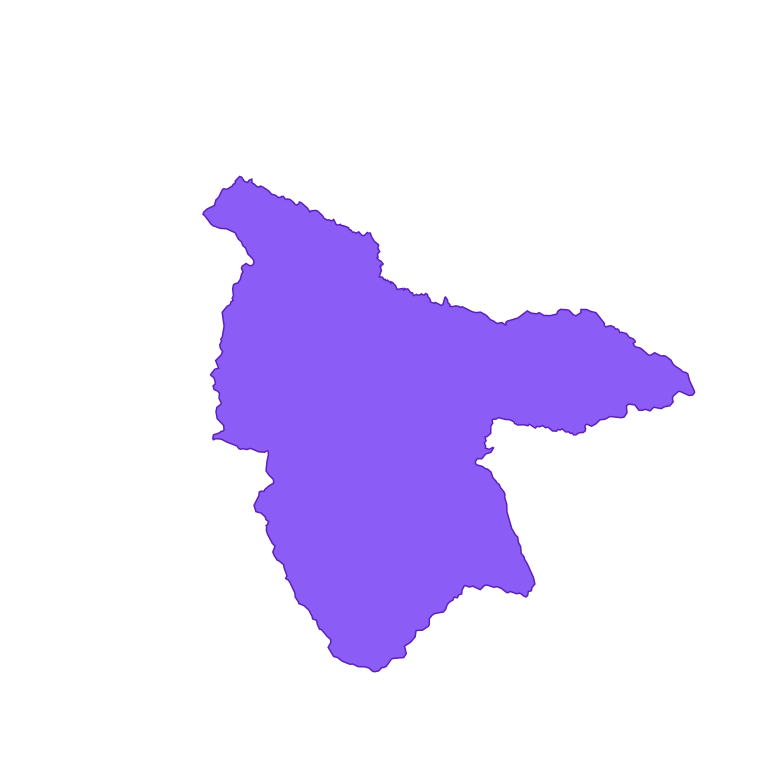 Sipí, Chocó, Colombia, rotated 136°
{"feature_id": "7082276B50547805834837", "entity_name": "Sipí", "entity_type": "district", "adm_level": 2, "iso_a3": "COL", "parent_name": "Colombia", "parent_adm1": "Chocó", "projection": "equal_earth", "projection_center": [-76.598, 4.565], "detail": "fine", "context": "isolated", "style": "filled", "palette": "violet", "viewbox_px": 768, "rotation_deg": 136, "n_neighbors": 0, "source": "geoboundaries", "source_scale": "gbopen_adm2", "svg_char_len": 6171}
<svg xmlns="http://www.w3.org/2000/svg" viewBox="0 0 768 768"><g transform="rotate(136 384 384)"><path d="M545.5,462.5L543.0,461.5L539.4,457.5L537.2,451.0L532.8,441.5L533.3,438.4L532.7,436.9L530.1,435.1L528.3,432.2L524.7,430.4L521.2,422.3L517.1,417.7L514.9,417.5L514.0,416.2L516.3,413.4L522.4,409.3L529.2,403.4L530.0,398.6L529.9,392.1L532.2,389.4L537.5,390.6L543.0,390.9L544.9,390.1L546.7,392.2L548.7,393.0L551.6,390.6L561.8,387.0L564.8,381.1L562.1,376.6L561.7,371.2L563.1,368.5L562.6,365.3L565.6,363.7L567.0,364.1L567.9,362.5L570.2,360.6L572.1,357.0L575.1,346.8L574.9,343.1L580.7,340.4L582.2,336.7L583.2,331.4L582.5,329.9L581.7,323.9L583.6,321.1L587.0,313.5L589.8,312.5L589.1,309.4L589.5,306.6L593.2,295.7L595.9,292.3L597.0,286.4L597.8,285.4L595.5,280.1L595.1,273.7L597.0,267.1L598.5,264.6L596.7,260.8L599.0,257.2L600.7,252.4L599.6,250.7L600.2,242.0L599.9,237.2L601.9,235.0L607.1,233.4L609.5,222.9L607.5,219.7L606.5,213.3L603.2,206.1L600.9,204.1L599.0,198.7L593.9,193.5L592.2,190.2L591.7,185.0L590.3,183.3L587.1,181.3L582.3,181.6L581.5,180.4L578.6,179.3L570.2,180.9L568.4,180.5L559.8,173.5L555.3,174.5L551.3,181.2L544.2,179.8L537.4,180.4L532.1,184.4L527.4,180.2L520.2,178.9L518.3,179.7L514.4,183.7L510.0,184.3L507.1,183.7L499.5,178.7L496.3,179.0L492.0,181.3L488.3,181.7L484.7,180.7L481.7,181.9L479.8,179.3L476.5,180.4L474.0,179.0L471.0,181.6L466.3,183.0L465.6,182.6L463.7,178.7L460.6,176.9L457.6,169.2L451.1,169.2L449.2,167.2L446.2,161.5L443.4,159.6L441.6,155.5L440.6,148.7L439.5,147.5L437.5,147.3L434.1,140.7L432.2,139.9L431.2,138.3L430.6,133.7L429.5,132.0L427.4,132.2L424.4,134.4L421.6,132.9L418.9,134.9L414.4,135.3L411.0,140.8L405.9,154.9L404.6,160.3L403.3,162.5L402.9,166.9L398.6,172.3L397.4,176.4L394.2,181.0L394.2,184.5L392.5,191.3L384.3,206.7L379.2,212.3L376.0,218.6L373.7,220.5L372.7,223.0L372.1,228.7L370.9,231.8L371.5,234.4L370.9,236.1L370.8,240.8L368.2,246.3L368.6,250.9L369.8,252.1L370.5,256.4L373.6,261.7L373.2,263.4L371.5,265.0L368.7,265.4L365.6,262.3L359.5,263.0L354.6,260.6L349.6,261.9L349.9,262.9L353.6,263.8L355.6,267.5L354.0,268.7L352.8,271.9L350.0,272.2L348.2,275.8L346.6,274.6L341.6,274.3L336.2,279.7L333.1,280.2L331.6,282.6L330.5,283.0L327.4,280.7L325.0,280.4L321.2,274.0L318.4,271.1L316.9,266.9L317.5,264.5L316.7,263.6L316.6,261.9L311.6,257.4L309.4,253.9L308.1,254.4L307.2,253.6L305.8,247.2L303.1,247.1L301.8,245.1L298.8,243.9L298.2,240.4L296.0,239.0L295.4,233.2L292.6,230.2L290.5,230.6L289.4,228.6L287.0,227.9L286.6,223.2L284.5,221.5L284.1,218.8L282.8,218.0L282.9,215.5L281.0,214.0L277.7,213.6L274.5,210.8L272.3,210.4L269.9,211.8L269.1,214.1L266.9,214.6L265.6,213.4L264.1,209.5L259.6,208.2L253.5,208.2L249.6,205.2L244.0,203.6L236.7,194.9L234.2,193.4L229.2,194.5L224.9,199.8L221.9,199.5L218.1,194.7L218.9,188.1L216.5,185.6L213.5,184.2L211.3,179.8L206.1,179.9L201.7,173.7L198.4,172.9L193.5,169.8L188.6,170.2L186.4,173.4L184.3,174.4L177.3,174.1L176.0,172.6L172.6,163.9L169.8,161.7L166.7,162.0L165.7,163.2L161.8,174.3L158.5,180.1L158.8,182.5L160.7,185.4L160.6,188.0L162.2,195.0L162.2,197.9L161.0,201.7L162.0,208.1L163.0,210.0L165.2,211.6L167.6,218.5L172.2,219.5L173.6,221.2L174.3,230.1L174.9,232.3L177.1,235.7L177.4,237.6L176.6,240.1L174.1,239.7L173.4,241.0L173.4,243.4L175.2,247.4L174.6,251.8L177.1,256.2L178.8,257.3L177.5,260.1L178.0,261.7L179.3,262.4L179.0,265.3L180.4,268.5L184.9,271.2L184.9,272.9L183.3,274.6L182.0,288.1L184.9,292.7L186.4,296.7L190.5,300.8L192.9,298.6L198.6,299.7L199.7,302.4L199.7,308.4L201.0,310.5L205.2,315.1L208.5,315.6L211.2,314.3L216.9,317.7L221.4,322.3L222.8,327.6L225.5,328.4L229.0,333.0L230.1,337.0L242.0,338.5L251.7,343.6L253.7,343.6L254.8,342.2L255.8,342.4L256.4,346.2L260.8,349.2L261.5,353.3L262.8,356.4L262.7,362.3L264.6,368.6L268.3,371.5L270.3,374.6L274.0,385.1L275.9,386.2L276.3,387.9L278.1,390.4L280.7,391.9L282.7,394.2L281.4,395.4L281.5,398.2L280.0,400.2L279.3,403.7L280.0,404.0L286.1,400.4L288.2,400.6L290.0,406.0L290.7,407.3L292.0,407.4L293.7,410.9L292.6,411.7L291.7,414.3L291.9,416.1L290.5,418.3L291.2,420.2L293.2,420.1L294.1,421.1L294.4,422.9L296.1,423.1L297.9,424.2L298.4,426.0L301.2,426.9L301.2,428.0L300.3,429.2L300.4,430.4L301.4,430.9L300.8,435.9L302.1,436.6L302.7,438.3L304.5,437.7L304.1,439.7L308.9,443.0L307.4,446.5L307.3,450.9L307.9,452.7L309.0,451.8L309.3,456.3L310.8,456.9L310.4,458.5L311.5,459.1L310.9,461.9L312.9,464.5L306.9,467.5L305.2,471.2L304.6,470.6L303.7,471.7L302.5,470.8L301.2,470.9L300.9,474.7L301.5,475.9L301.6,479.5L300.2,479.3L298.5,482.0L295.2,482.2L293.9,486.1L291.2,487.8L291.8,493.1L290.9,497.8L289.0,502.2L290.6,503.4L290.8,504.6L294.8,504.5L296.6,505.9L296.5,511.0L299.4,511.9L300.1,514.2L301.2,514.9L300.9,517.9L301.7,519.5L300.9,521.1L303.3,526.3L304.3,526.7L304.5,529.2L306.8,530.3L307.6,531.9L305.9,537.3L308.4,537.7L309.5,540.3L310.8,541.2L312.0,544.4L311.3,548.3L311.6,554.5L312.5,556.3L316.2,559.2L317.8,559.1L316.9,564.1L317.6,572.2L318.5,573.7L320.0,572.9L322.5,573.3L323.4,576.1L322.8,577.0L323.4,582.0L325.1,584.4L326.6,585.0L326.1,588.9L327.6,590.2L328.4,589.8L330.7,592.0L330.8,594.8L333.0,598.7L332.8,603.0L334.2,609.3L335.2,612.1L337.2,612.5L338.3,614.4L338.5,617.9L339.2,620.3L336.8,623.2L339.5,624.3L342.1,623.7L343.7,626.8L342.7,631.6L343.7,633.6L349.8,633.4L351.9,631.7L353.7,632.4L355.5,631.8L361.6,633.1L363.9,636.0L365.5,636.0L373.3,633.1L377.0,633.2L382.0,630.2L389.4,632.7L394.4,632.9L396.3,631.8L396.1,628.9L397.4,619.0L397.1,616.8L393.6,609.6L389.5,605.1L386.0,596.3L388.1,589.3L387.8,585.2L389.4,581.7L389.1,577.9L391.6,572.2L391.5,564.3L393.3,561.5L396.2,560.8L398.4,562.3L399.5,566.5L404.2,567.3L406.3,566.1L407.5,562.6L409.7,562.2L414.7,559.1L418.9,558.2L422.0,559.8L423.6,559.8L426.8,557.5L431.0,552.1L433.7,551.1L434.5,548.9L437.3,549.4L439.5,547.9L442.8,548.9L450.6,548.0L458.8,536.7L467.8,530.1L470.2,529.6L471.2,527.6L474.9,526.3L476.8,523.4L477.6,519.4L481.1,518.0L488.8,517.8L492.0,510.3L495.6,512.2L502.2,511.2L502.6,510.3L502.0,506.8L503.7,503.1L505.4,501.3L508.4,501.3L510.1,498.0L508.6,494.4L508.8,491.7L512.7,488.2L514.0,484.0L515.1,482.7L520.4,483.3L524.0,480.9L528.1,474.9L528.1,465.7L530.8,462.2L532.4,461.9L534.0,463.1L536.3,463.2L542.0,465.9L544.9,463.8L545.5,462.5Z" fill="#8b5cf6" stroke="#5b21b6" stroke-width="1.5"/></g></svg>